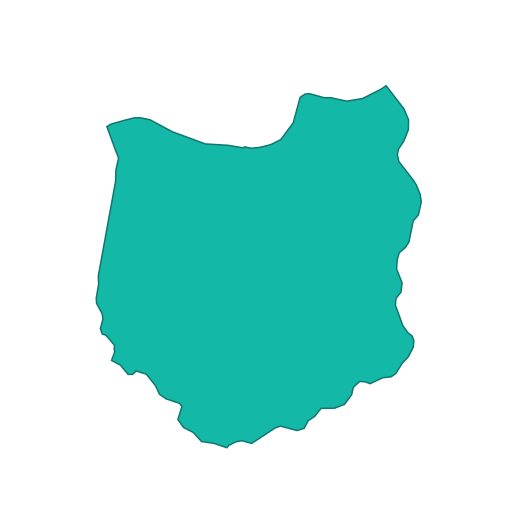 the district of Cabricán, Quezaltenango, Guatemala, rotated 282°
{"feature_id": "79465075B20493832744336", "entity_name": "Cabricán", "entity_type": "district", "adm_level": 2, "iso_a3": "GTM", "parent_name": "Guatemala", "parent_adm1": "Quezaltenango", "projection": "albers", "projection_center": [-91.651, 15.106], "detail": "fine", "context": "isolated", "style": "filled", "palette": "teal", "viewbox_px": 512, "rotation_deg": 282, "n_neighbors": 0, "source": "geoboundaries", "source_scale": "gbopen_adm2", "svg_char_len": 1506}
<svg xmlns="http://www.w3.org/2000/svg" viewBox="0 0 512 512"><g transform="rotate(282 256 256)"><path d="M449.6,347.9L444.8,343.2L439.0,335.9L432.3,327.7L426.3,312.5L426.4,296.1L425.0,289.8L425.9,274.6L424.6,270.4L421.9,267.6L420.3,266.2L394.0,264.7L375.1,256.1L367.9,247.1L363.2,237.5L360.4,229.1L360.4,222.3L359.1,220.9L358.5,205.8L355.1,183.1L360.1,148.5L367.2,124.1L367.2,114.5L365.9,108.3L361.2,98.8L354.9,86.8L351.6,83.2L331.0,96.1L323.3,101.2L310.9,101.1L300.2,103.1L203.5,105.9L195.7,107.9L181.6,108.5L176.5,109.9L167.7,117.4L162.6,119.4L152.5,118.9L147.7,121.8L147.4,125.4L144.0,130.1L142.4,132.0L139.2,136.2L136.1,136.5L132.7,137.7L123.8,136.4L121.1,146.0L113.6,155.5L114.6,160.0L118.6,162.6L117.6,173.3L108.1,184.8L100.7,190.3L97.5,197.9L96.0,211.7L93.6,214.8L79.8,213.6L73.2,220.8L70.4,231.2L63.2,241.3L64.0,253.6L62.4,267.4L65.1,268.8L70.0,274.8L72.4,280.7L71.8,290.7L91.9,310.6L94.7,315.3L93.8,332.4L97.4,338.9L105.9,341.4L111.4,346.8L120.5,351.3L123.5,364.6L129.3,373.4L140.2,378.4L147.8,378.5L154.9,383.5L155.6,389.2L154.8,394.1L163.3,405.4L165.9,413.3L170.2,417.2L181.2,421.2L189.2,426.0L199.7,428.8L206.1,428.0L210.2,425.4L212.8,420.2L218.6,414.0L236.9,402.6L243.5,401.7L250.8,405.3L260.1,404.5L272.3,396.3L281.3,394.9L288.9,395.4L295.8,400.6L301.6,402.7L323.0,402.5L330.0,406.3L343.4,406.4L350.4,403.8L359.0,397.9L363.1,393.9L378.0,376.2L384.6,373.2L390.3,373.2L398.7,376.6L411.2,378.8L421.0,376.9L430.8,370.0L449.6,347.9Z" fill="#14b8a6" stroke="#0f766e" stroke-width="1.5"/></g></svg>